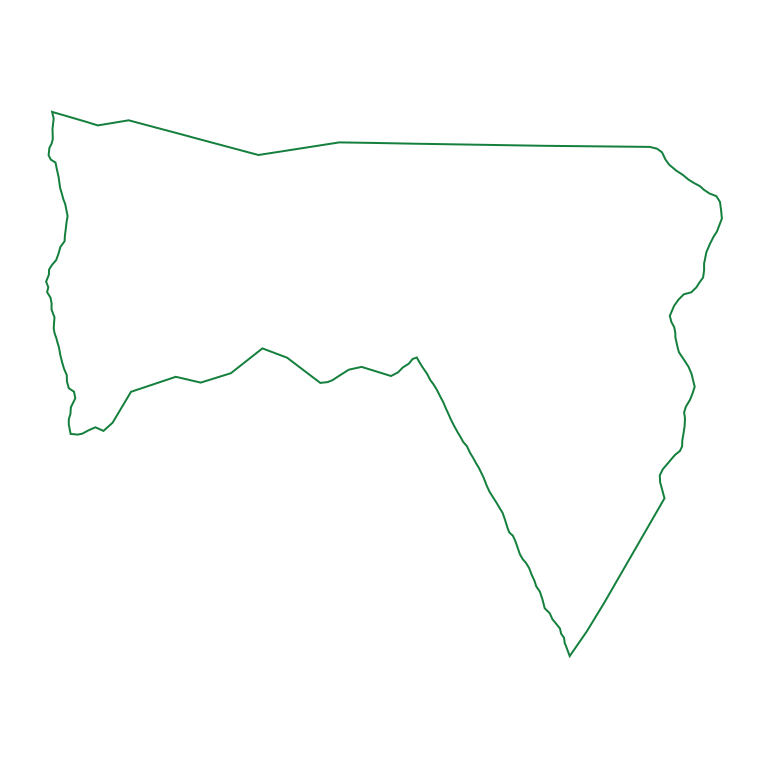 Boninal, Bahia, Brazil
{"feature_id": "56859067B83846349550781", "entity_name": "Boninal", "entity_type": "district", "adm_level": 2, "iso_a3": "BRA", "parent_name": "Brazil", "parent_adm1": "Bahia", "projection": "mercator", "projection_center": [-41.805, -12.826], "detail": "fine", "context": "isolated", "style": "outline", "palette": "green", "viewbox_px": 768, "rotation_deg": 0, "n_neighbors": 0, "source": "geoboundaries", "source_scale": "gbopen_adm2", "svg_char_len": 2527}
<svg xmlns="http://www.w3.org/2000/svg" viewBox="0 0 768 768"><path d="M649.7,146.9L544.0,145.8L414.3,143.7L371.7,142.9L339.3,142.4L258.4,155.0L128.7,120.3L97.9,125.4L92.8,123.9L87.2,122.1L52.1,111.9L53.7,118.6L52.5,128.8L52.8,139.1L51.6,143.7L49.4,147.9L48.6,155.3L50.8,159.6L55.5,162.6L56.8,169.0L58.5,176.6L59.5,183.4L60.2,188.2L61.9,193.9L63.4,199.4L65.2,204.0L67.6,216.1L66.6,221.8L65.7,229.6L64.9,235.7L64.6,241.2L60.4,246.9L58.4,254.0L56.2,260.0L52.0,264.9L49.1,269.5L48.9,274.7L46.1,281.7L48.3,287.2L47.1,292.2L50.5,297.6L51.6,303.4L51.5,309.4L54.5,317.4L54.0,323.5L53.7,328.5L54.6,333.4L56.2,337.7L57.5,342.6L59.0,347.6L60.3,355.0L62.0,361.9L64.1,368.9L66.8,375.2L66.9,381.3L68.8,388.2L74.0,391.7L75.3,398.3L70.9,407.2L70.4,414.1L68.8,419.1L68.8,424.6L70.6,433.9L77.7,434.6L82.2,433.7L88.6,430.3L95.4,427.3L103.5,430.9L112.6,422.7L131.0,391.8L175.8,376.8L200.7,382.6L230.9,373.2L262.4,348.4L287.1,357.7L320.3,382.9L327.7,382.1L332.4,380.2L339.6,375.5L348.8,369.7L354.7,368.4L361.6,366.9L391.0,376.0L398.0,372.4L402.9,367.4L408.9,363.6L412.6,359.0L416.8,357.5L419.2,361.8L422.2,366.7L427.0,373.7L430.4,380.2L433.4,384.2L436.9,389.9L439.6,395.3L443.1,401.9L446.0,408.7L448.5,414.1L450.7,419.1L453.9,425.5L457.6,432.2L460.6,437.2L463.1,441.8L467.0,446.3L470.0,452.7L473.2,458.0L476.1,463.3L478.9,467.9L481.1,472.5L483.7,477.8L486.4,484.9L489.3,491.3L493.2,497.6L496.3,502.4L499.5,507.8L502.7,513.1L505.2,520.4L507.4,527.5L509.3,532.5L512.9,535.7L515.6,541.8L517.8,548.2L520.0,554.5L522.9,559.4L525.9,562.8L529.2,568.2L531.7,574.8L534.3,580.4L536.3,586.5L539.8,591.5L542.5,599.6L544.7,608.3L549.7,613.2L552.4,619.2L556.6,624.3L560.0,628.6L561.1,633.7L564.0,637.7L564.7,642.9L566.8,648.2L569.7,656.1L586.8,631.4L604.1,603.0L664.5,498.3L662.3,490.2L660.1,482.1L659.8,475.3L662.8,469.2L666.5,464.9L670.7,459.9L674.9,455.0L679.9,451.0L682.1,446.4L682.3,440.5L683.5,433.5L684.6,426.2L685.0,418.1L684.1,412.4L685.8,406.8L690.0,399.8L692.4,393.8L694.7,386.7L692.9,379.6L691.7,374.3L688.6,366.9L683.8,359.5L678.9,352.2L677.6,347.3L676.6,342.8L675.4,337.5L675.3,332.7L674.2,327.1L671.4,322.0L669.8,315.9L674.1,305.8L678.6,299.5L683.8,294.3L691.3,292.3L696.5,287.2L699.5,282.4L703.1,277.5L704.1,270.2L704.1,263.6L705.1,258.7L706.3,252.4L710.3,243.1L713.7,236.5L717.0,231.4L719.2,225.6L721.9,218.5L721.1,210.4L720.0,202.0L716.4,196.2L709.3,193.4L703.8,189.7L700.1,186.3L694.0,183.0L688.5,179.6L683.1,175.1L676.1,170.5L669.2,164.7L665.5,159.6L662.0,152.3L657.0,148.7L649.7,146.9Z" fill="none" stroke="#15803d" stroke-width="2"/></svg>